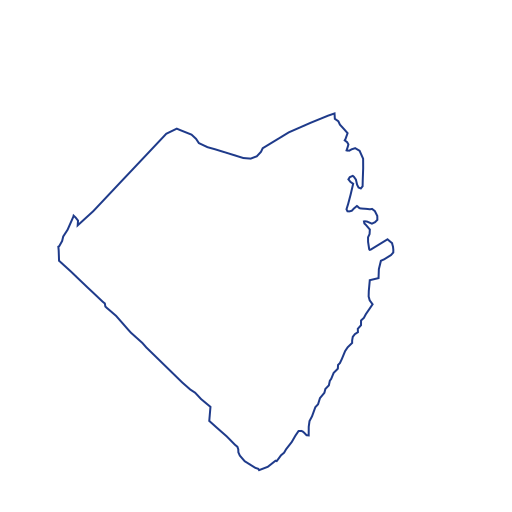 outline of Glio-Twarbo, Grand Gedeh, Liberia, rotated 43°
{"feature_id": "62588387B48887094579275", "entity_name": "Glio-Twarbo", "entity_type": "district", "adm_level": 2, "iso_a3": "LBR", "parent_name": "Liberia", "parent_adm1": "Grand Gedeh", "projection": "albers", "projection_center": [-7.549, 5.712], "detail": "fine", "context": "isolated", "style": "outline", "palette": "blue", "viewbox_px": 512, "rotation_deg": 43, "n_neighbors": 0, "source": "geoboundaries", "source_scale": "gbopen_adm2", "svg_char_len": 2489}
<svg xmlns="http://www.w3.org/2000/svg" viewBox="0 0 512 512"><g transform="rotate(43 256 256)"><path d="M105.1,384.0L107.8,386.4L115.2,393.8L130.7,393.6L154.0,393.9L157.5,393.9L161.5,393.9L175.1,394.0L177.8,393.8L180.3,395.7L182.6,395.7L184.3,395.6L194.5,395.2L213.2,397.1L216.8,397.4L232.2,397.1L238.1,397.7L265.6,398.3L288.4,398.8L299.0,398.5L304.7,397.5L313.5,398.1L325.6,397.4L334.3,408.5L344.4,408.3L357.4,407.9L369.3,408.4L372.5,408.2L374.9,409.5L377.0,411.6L380.3,413.0L387.7,413.8L394.4,412.5L400.0,411.4L402.8,410.1L404.3,410.5L408.4,402.1L409.9,392.4L411.0,391.9L410.7,388.7L410.2,384.7L410.7,380.7L409.8,376.8L409.0,367.7L407.3,360.3L406.5,355.0L408.5,353.0L409.8,352.5L411.6,352.4L415.2,352.6L416.9,351.3L411.0,344.9L407.7,340.2L406.3,335.0L402.5,326.1L402.5,322.1L399.7,316.3L399.3,309.4L397.4,305.9L397.5,300.9L395.1,296.9L394.8,294.6L392.5,288.5L392.7,282.6L390.3,279.7L390.4,277.1L389.0,272.7L386.0,264.7L385.3,260.2L385.6,254.0L383.9,252.2L381.9,249.1L381.6,245.7L382.5,242.2L380.1,239.8L380.0,235.0L376.8,231.5L377.1,227.7L376.0,223.6L375.2,218.3L374.2,211.8L369.4,210.9L366.0,208.8L362.3,204.6L356.2,196.7L355.7,196.1L360.7,188.6L354.8,181.8L350.6,174.3L352.0,171.0L354.1,163.2L354.0,159.8L352.2,157.8L349.9,155.8L347.6,154.4L346.8,153.8L343.4,154.0L340.8,154.1L335.5,173.2L334.9,174.0L334.1,173.8L328.3,169.2L325.2,165.9L324.1,162.5L321.2,159.0L315.2,158.3L313.1,158.3L311.4,157.1L312.0,156.3L313.7,155.1L318.7,153.3L320.0,150.1L320.1,146.8L317.4,144.0L312.3,142.1L308.8,142.4L307.5,144.1L304.5,146.3L301.7,148.6L299.6,150.2L298.5,150.5L296.4,150.5L295.7,150.6L295.2,154.5L295.2,157.6L293.8,159.8L292.4,160.9L291.3,160.5L290.3,160.1L287.9,155.1L283.4,146.7L277.8,136.9L274.6,137.4L271.3,136.9L270.8,134.4L272.1,131.4L273.6,131.3L277.0,132.0L281.3,134.9L284.3,136.0L286.6,135.1L286.4,132.3L282.4,127.8L274.6,118.8L268.0,111.8L260.0,108.4L255.0,109.5L253.2,112.7L252.4,115.3L250.8,116.7L250.2,117.0L248.8,113.9L247.5,111.4L245.1,110.6L242.0,110.9L241.7,109.5L239.2,103.7L234.2,103.2L227.8,102.7L224.3,101.3L220.1,101.9L216.2,98.2L213.0,104.2L205.1,121.3L197.9,138.0L195.7,143.1L187.4,172.6L188.6,176.4L188.6,182.6L187.7,184.3L185.7,188.4L179.9,193.0L153.4,205.8L146.3,209.5L137.2,212.4L132.3,211.2L126.1,211.2L114.5,215.7L111.2,216.9L107.0,227.8L106.9,248.4L106.8,264.8L106.6,294.2L106.4,334.3L104.7,355.2L101.7,351.5L97.9,350.9L95.1,350.9L95.6,351.8L100.3,365.3L101.7,373.2L104.0,377.3L105.4,383.1L105.1,384.0Z" fill="none" stroke="#1e3a8a" stroke-width="2"/></g></svg>